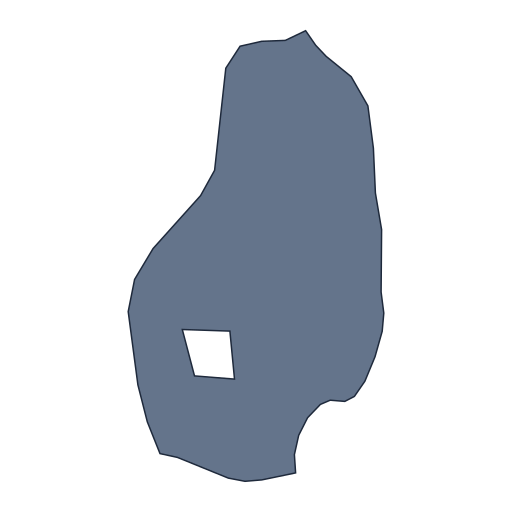 the border of Benguet
{"feature_id": "PHL-2559", "entity_name": "Benguet", "entity_type": "Province", "adm_level": 1, "iso_a3": "PHL", "parent_name": "Philippines", "parent_adm1": "", "projection": "mercator", "projection_center": [120.715, 16.554], "detail": "fine", "context": "isolated", "style": "filled", "palette": "slate", "viewbox_px": 512, "rotation_deg": 0, "n_neighbors": 0, "source": "natural_earth", "source_scale": "10m", "svg_char_len": 641}
<svg xmlns="http://www.w3.org/2000/svg" viewBox="0 0 512 512"><path d="M160.0,453.6L147.3,421.8L137.9,384.9L128.2,311.6L134.6,279.4L153.1,248.5L200.6,195.6L214.6,170.3L225.8,68.2L240.1,46.2L261.7,41.3L285.3,40.4L305.6,30.7L315.7,45.3L326.2,56.4L351.2,76.7L367.9,105.9L373.4,148.2L375.4,193.0L381.6,229.6L381.1,292.0L383.8,313.1L382.2,331.3L375.0,356.8L364.9,381.2L354.4,396.4L344.8,401.4L330.2,400.2L320.4,404.4L307.6,417.7L298.7,435.3L294.4,454.6L295.6,472.9L261.8,479.9L245.0,481.3L228.3,478.1L177.4,457.4L160.0,453.6ZM234.5,379.1L229.9,331.1L182.3,329.5L194.5,375.9L234.5,379.1Z" fill="#64748b" stroke="#1e293b" stroke-width="1.5"/></svg>